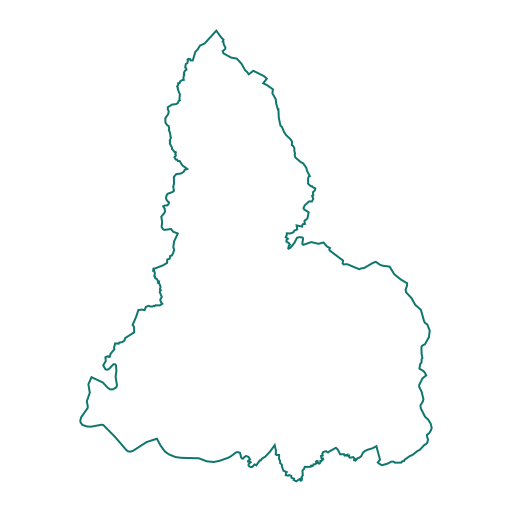 outline of Mueang Chanthaburi, Chanthaburi, Thailand
{"feature_id": "78962969B33919440626179", "entity_name": "Mueang Chanthaburi", "entity_type": "district", "adm_level": 2, "iso_a3": "THA", "parent_name": "Thailand", "parent_adm1": "Chanthaburi", "projection": "albers", "projection_center": [102.113, 12.63], "detail": "fine", "context": "isolated", "style": "outline", "palette": "teal", "viewbox_px": 512, "rotation_deg": 0, "n_neighbors": 0, "source": "geoboundaries", "source_scale": "gbopen_adm2", "svg_char_len": 6056}
<svg xmlns="http://www.w3.org/2000/svg" viewBox="0 0 512 512"><path d="M195.4,51.7L192.8,60.4L190.5,60.4L190.2,59.2L189.6,59.0L188.5,58.9L187.5,59.6L187.9,61.3L187.3,63.1L185.8,64.0L185.2,67.5L186.3,68.4L186.4,69.8L185.1,70.5L184.0,72.5L184.3,74.0L183.8,74.4L184.2,75.3L183.6,76.6L183.4,78.9L183.8,79.8L181.5,80.4L180.0,81.6L179.7,83.0L178.1,83.3L178.3,85.0L177.1,86.4L178.0,88.1L177.7,88.9L179.9,94.5L179.4,99.2L179.9,100.4L178.6,101.1L177.9,103.0L175.9,104.2L172.2,104.5L167.8,107.2L167.8,109.2L168.7,111.2L168.3,113.9L165.3,118.3L165.5,122.8L167.2,125.2L168.8,126.2L169.2,128.9L168.8,130.3L169.5,131.3L170.4,134.7L170.3,136.3L171.0,137.4L169.7,140.8L170.3,141.9L169.8,143.6L171.9,147.4L172.0,148.9L174.7,152.1L175.6,152.0L175.9,152.8L175.3,154.1L175.9,155.6L174.4,157.2L175.7,159.5L177.0,159.6L177.8,161.0L179.7,161.1L182.3,165.3L187.2,168.9L184.8,169.8L183.6,171.9L180.7,173.6L176.3,174.1L173.9,176.9L174.0,183.8L173.2,186.7L174.0,190.7L172.4,192.1L168.1,193.6L167.0,194.5L166.0,197.3L166.4,199.6L167.8,201.5L168.8,202.0L168.9,203.4L167.3,205.4L164.9,205.5L163.2,206.3L164.6,208.6L165.0,211.5L164.4,213.0L161.3,216.6L162.2,222.3L161.6,226.7L162.8,229.0L164.3,229.9L171.0,229.0L173.3,231.8L177.8,233.5L174.1,241.5L173.3,247.2L174.2,249.9L173.1,253.2L171.9,255.5L170.2,255.9L169.7,258.7L167.2,259.6L167.1,262.9L162.9,265.4L154.6,268.6L153.5,268.6L153.1,270.7L154.1,270.7L154.9,273.3L154.3,276.0L155.0,276.5L154.8,277.3L155.5,278.5L156.5,278.6L158.1,281.1L158.0,282.4L159.0,281.9L158.9,283.1L160.1,285.3L160.5,286.9L159.9,289.3L160.8,290.2L159.9,291.2L159.8,292.4L161.8,296.7L160.2,299.8L161.1,302.4L162.3,303.8L159.8,305.4L155.4,305.3L154.6,306.2L153.7,305.9L152.3,306.5L150.4,306.5L148.9,305.8L146.5,306.6L145.9,306.9L144.6,310.2L142.0,309.6L138.4,310.0L136.0,317.2L132.6,324.9L134.0,326.9L134.2,332.3L125.3,338.0L124.3,340.7L122.0,342.2L119.2,342.6L118.7,343.7L115.2,343.4L114.0,347.7L114.4,349.2L110.6,353.7L109.8,356.7L108.9,357.0L107.9,356.2L105.4,357.3L105.8,361.0L103.2,365.3L105.4,369.3L107.0,369.7L108.8,369.2L113.4,364.3L114.9,364.2L116.0,365.4L116.4,370.8L115.6,376.7L117.0,385.4L116.2,387.4L113.1,389.3L110.0,389.3L108.0,388.0L102.8,382.5L91.5,377.2L88.4,384.3L89.8,392.8L86.8,401.3L87.8,406.5L87.6,408.1L81.2,417.2L80.3,420.5L80.6,422.6L82.5,425.0L87.2,426.5L91.2,426.7L101.6,424.7L103.4,425.1L115.2,437.1L126.3,450.0L128.2,451.4L130.5,451.6L132.9,450.9L146.5,442.1L156.9,438.7L160.5,445.5L165.1,451.7L169.0,454.4L175.3,457.0L180.9,457.8L198.9,458.3L206.7,461.3L213.6,462.0L219.6,460.8L228.3,457.7L230.6,456.5L236.1,452.4L238.1,452.1L240.1,453.0L241.1,457.3L242.1,458.7L242.9,458.7L244.5,456.9L246.1,456.0L248.5,456.9L250.0,459.3L248.1,460.8L248.0,461.5L250.2,461.8L250.7,462.2L248.7,464.0L248.5,465.4L249.3,466.4L251.0,467.1L252.5,466.8L254.5,464.4L256.3,465.3L259.8,460.4L260.6,460.5L262.0,458.6L265.2,456.7L269.9,451.8L274.7,445.1L276.0,451.0L275.7,454.4L276.3,454.9L279.1,455.0L279.1,459.3L280.1,460.8L280.1,463.1L281.8,464.6L281.9,466.5L283.4,470.7L286.7,472.1L286.0,472.8L285.8,475.2L288.2,475.6L289.0,475.1L291.2,475.8L291.5,477.8L294.0,478.7L293.7,480.0L296.2,481.3L300.0,478.9L300.6,480.6L301.6,480.4L302.0,478.6L301.7,476.9L302.8,475.4L302.4,470.7L304.2,468.6L304.7,466.9L310.1,466.9L311.0,465.8L311.3,466.4L312.0,466.2L313.1,465.6L313.4,464.4L314.8,464.3L316.6,463.2L316.0,461.7L317.0,460.9L317.7,461.2L317.8,463.2L319.5,463.6L320.4,462.2L320.4,461.0L321.5,461.1L321.8,460.3L323.2,459.5L323.1,458.5L321.5,458.3L321.0,456.0L322.7,455.5L322.3,453.6L323.3,451.9L326.1,451.2L327.5,452.3L328.5,452.4L329.1,451.6L335.9,447.8L337.9,449.7L340.1,454.3L343.9,454.2L344.6,455.6L347.4,454.7L347.3,455.7L349.1,455.5L349.1,456.8L349.9,457.7L353.2,457.1L355.0,458.9L354.1,459.5L354.1,460.3L355.5,460.6L357.5,458.2L358.8,457.9L361.1,456.4L362.9,452.7L364.7,451.1L367.4,449.8L372.7,448.2L376.4,446.2L380.0,459.7L377.8,462.4L378.5,463.2L381.8,465.2L387.2,463.8L391.5,461.6L393.6,461.7L395.0,462.7L401.2,462.6L402.2,461.3L404.1,461.0L404.7,459.6L410.4,455.7L412.0,455.3L417.6,450.9L419.8,449.8L424.5,444.8L425.9,444.2L427.3,442.7L428.0,439.6L426.9,435.9L427.0,434.8L429.0,433.3L431.0,430.2L431.7,427.9L430.6,423.5L428.1,419.5L425.0,416.7L420.9,408.5L420.5,406.6L420.5,405.3L422.9,401.4L423.4,399.0L421.5,391.4L419.2,387.0L419.2,385.0L422.5,378.3L426.2,375.4L425.0,372.9L423.5,371.1L419.4,368.6L420.2,364.1L421.5,362.5L421.6,359.4L422.4,357.9L421.6,353.9L421.4,347.0L422.2,345.7L425.1,344.1L428.9,337.2L429.7,330.6L427.3,324.5L425.0,322.8L424.1,321.3L420.9,309.8L415.3,304.9L411.5,298.1L406.1,292.3L405.6,289.6L407.1,285.5L407.1,283.2L401.1,279.7L394.3,274.3L389.6,266.6L383.1,265.8L380.4,265.0L375.8,261.8L372.5,263.1L364.0,268.1L361.7,268.3L359.2,269.2L347.2,264.2L343.5,264.4L342.6,263.3L343.1,260.6L329.8,250.6L329.3,249.6L329.9,248.0L326.8,246.4L323.5,242.5L318.5,243.8L311.2,242.1L303.4,244.8L302.5,244.3L302.3,243.6L303.1,238.6L302.7,237.7L301.6,237.3L298.9,237.2L297.0,237.8L294.2,243.2L290.0,248.1L288.6,248.7L288.2,248.3L288.9,245.6L289.9,244.6L288.9,243.1L286.4,241.6L286.5,240.0L287.9,238.8L285.7,237.1L286.8,235.1L286.8,233.3L290.0,233.5L291.9,232.9L293.5,232.2L294.2,230.7L297.2,229.4L296.6,225.4L302.1,226.6L302.4,224.8L303.0,224.1L305.0,223.9L304.4,221.4L305.0,220.2L306.1,219.7L307.5,218.1L308.7,212.3L304.1,209.4L303.5,208.1L304.7,205.4L309.1,201.4L311.9,201.5L313.3,198.7L312.1,196.0L313.2,195.5L313.0,192.2L314.8,190.4L315.3,188.4L312.4,187.0L312.1,186.3L310.5,186.0L308.1,183.7L308.1,178.3L309.1,176.1L309.7,176.0L307.0,170.8L306.3,167.8L303.2,163.4L300.6,162.0L295.3,157.4L294.7,154.9L295.0,153.4L294.3,150.7L294.4,148.2L293.2,146.0L291.8,145.2L292.1,141.6L290.1,138.8L286.0,135.0L284.2,132.3L282.0,127.0L280.4,125.5L278.8,117.6L278.4,109.2L277.8,109.3L276.1,103.1L275.8,99.4L272.4,93.3L272.9,89.3L266.8,85.0L263.2,83.3L266.8,78.6L264.1,76.2L253.3,70.8L248.8,74.3L246.8,71.7L245.2,70.4L241.4,63.6L236.8,58.6L231.1,57.6L223.5,53.4L222.7,51.2L225.2,49.0L225.4,47.5L223.7,44.3L223.4,41.7L222.7,41.5L223.5,39.7L221.3,37.6L216.3,30.7L204.5,43.6L200.0,45.6L197.4,49.8L195.4,51.7Z" fill="none" stroke="#0f766e" stroke-width="2"/></svg>